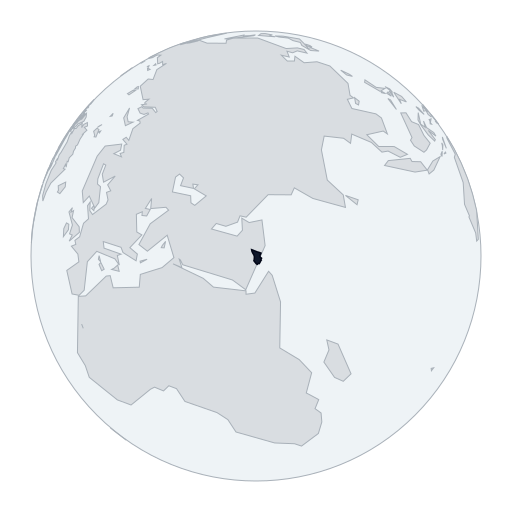 the Earth from above Al Mahrah, rotated 315°
{"feature_id": "YEM-332", "entity_name": "Al Mahrah", "entity_type": "Governorate", "adm_level": 1, "iso_a3": "YEM", "parent_name": "Yemen", "parent_adm1": "", "projection": "orthographic", "projection_center": [51.606, 17.039], "detail": "fine", "context": "on_globe", "style": "filled", "palette": "ink", "viewbox_px": 512, "rotation_deg": 315, "n_neighbors": 0, "source": "natural_earth", "source_scale": "10m", "svg_char_len": 10827}
<svg xmlns="http://www.w3.org/2000/svg" viewBox="0 0 512 512"><g transform="rotate(315 256 256)"><circle cx="256" cy="256" r="225" fill="#eef3f6" stroke="#a8b0b8"/><path d="M301.8,35.4L290.0,33.3L287.6,32.9L301.8,35.4ZM215.5,34.4L217.5,34.1L216.1,34.4L210.2,35.5L207.6,36.0L206.0,36.3L215.5,34.4ZM205.4,36.5L205.6,36.4L201.8,37.3L205.4,36.5ZM199.7,37.9L203.3,37.1L195.9,39.0L191.9,40.1L193.9,39.4L199.7,37.9ZM171.6,47.1L171.1,47.3L162.8,51.0L157.0,53.6L171.6,47.1ZM154.7,54.8L152.5,55.9L156.0,54.4L141.4,62.2L127.4,71.6L124.0,73.9L122.1,74.8L138.0,64.1L154.7,54.8ZM31.5,274.5L32.1,280.1L33.9,293.4L34.0,294.5L31.5,274.5ZM325.2,41.6L326.2,42.0L330.7,43.5L319.4,40.2L321.0,40.3L320.7,40.2L325.2,41.6ZM242.7,31.1L241.2,31.2L235.1,31.7L232.3,32.0L242.7,31.1ZM231.7,32.0L232.8,32.0L225.3,32.8L231.7,32.0ZM312.7,38.7L311.8,38.7L310.7,38.2L312.7,38.7ZM218.8,33.9L221.0,33.5L226.9,32.7L223.5,33.4L222.7,33.4L218.8,33.9ZM251.9,30.8L251.1,30.8L252.3,30.8L241.7,31.2L244.1,31.0L251.9,30.8ZM220.6,33.7L221.7,33.8L217.5,34.6L217.0,34.3L220.6,33.7ZM229.9,32.3L232.5,32.0L230.0,32.3L229.9,32.3ZM203.5,38.2L206.0,37.3L209.3,36.8L203.5,38.2ZM222.3,33.9L223.7,33.6L225.3,33.4L225.1,33.7L222.3,33.9ZM241.1,31.4L239.5,31.6L245.3,31.2L244.2,31.5L237.3,31.9L239.8,31.9L239.4,32.0L234.2,32.2L241.1,31.4ZM229.7,33.5L220.6,34.7L215.2,36.2L212.1,36.7L221.4,34.1L229.7,33.5ZM232.8,32.7L230.2,33.2L227.7,33.3L227.9,32.9L232.8,32.7ZM245.8,31.8L249.4,31.1L250.8,31.1L245.8,31.8ZM228.6,33.9L230.9,33.6L228.6,34.0L228.6,33.9ZM241.1,32.3L242.2,32.0L243.7,32.0L241.1,32.3ZM234.4,33.6L231.5,33.9L231.5,33.5L234.4,33.6ZM237.9,33.0L239.7,33.1L233.3,33.3L238.1,32.8L237.9,33.0ZM242.4,32.4L243.6,32.2L241.7,32.5L242.4,32.4ZM235.9,35.0L227.8,35.3L227.9,34.5L235.8,34.2L235.9,35.0ZM342.1,47.8L346.6,49.8L355.1,53.8L360.9,57.3L367.1,60.7L368.2,61.1L377.5,66.6L392.8,77.7L375.6,66.9L351.7,53.0L361.0,58.1L357.5,56.7L360.0,58.6L366.7,62.7L368.4,63.2L371.9,70.9L385.3,84.4L387.8,82.5L394.0,85.9L411.3,103.0L424.0,130.6L432.4,138.1L436.0,143.9L435.5,148.6L430.2,140.1L425.6,138.2L422.7,133.1L420.2,138.8L415.9,131.9L416.0,140.3L421.0,145.3L424.8,142.3L426.7,153.4L436.5,161.8L442.6,173.9L443.1,199.0L436.1,208.9L436.8,213.2L431.4,209.8L428.1,219.5L441.3,240.3L442.3,247.1L435.2,262.6L434.3,257.6L420.1,248.6L420.2,265.3L431.1,276.3L435.0,291.2L427.8,288.2L423.6,275.2L418.5,271.6L417.9,257.3L409.9,237.5L402.5,243.2L401.2,234.7L389.0,219.4L377.3,227.2L360.1,252.7L360.9,274.5L353.6,284.9L336.9,255.5L331.3,234.9L324.1,237.6L307.9,221.2L276.5,221.6L273.1,216.3L266.9,219.0L255.7,213.7L250.9,204.9L243.6,205.4L256.7,228.6L264.6,228.2L272.7,219.2L274.8,227.5L285.7,234.7L269.8,255.1L224.9,272.6L222.4,256.3L198.0,210.4L199.7,205.5L199.7,205.0L199.5,203.9L195.4,211.8L191.8,202.9L202.9,234.5L203.9,247.9L224.3,273.6L221.9,276.0L229.0,281.4L254.1,275.7L253.8,281.1L240.9,305.8L207.8,337.8L213.3,359.9L212.8,377.9L194.7,388.4L198.8,401.9L189.8,405.7L191.0,413.0L185.2,419.9L174.6,425.6L153.8,422.6L150.5,416.0L137.0,401.4L117.4,366.3L120.4,351.8L117.7,339.2L102.9,308.6L106.0,293.6L102.6,286.1L95.2,286.0L91.5,277.0L87.2,275.6L62.3,273.0L56.2,259.7L52.3,223.9L57.8,212.8L61.4,198.1L101.8,158.9L107.4,163.8L135.9,164.3L139.0,166.8L132.5,177.5L151.4,195.5L161.2,187.2L181.4,197.8L196.8,199.1L207.9,178.5L182.6,175.8L181.3,165.1L204.0,158.4L226.6,161.8L226.8,157.9L215.1,148.0L222.9,141.5L211.4,144.1L214.1,148.3L207.0,150.4L204.0,146.7L206.9,144.3L200.9,141.9L188.7,154.7L190.2,160.4L172.7,160.9L173.5,170.7L167.8,174.6L164.4,159.5L166.7,154.4L158.2,137.8L154.1,143.0L161.9,159.3L158.3,157.6L152.9,165.8L154.2,158.2L146.7,140.1L132.7,140.8L110.3,158.7L103.1,158.7L99.1,152.8L112.0,132.4L126.6,134.9L131.4,128.7L132.4,118.5L136.8,120.4L139.0,116.9L144.9,117.7L157.2,110.9L163.8,111.3L172.5,101.3L177.0,100.5L170.6,106.4L169.7,111.1L186.7,113.4L191.0,111.7L195.3,105.3L199.4,107.2L201.4,100.8L213.0,99.9L200.4,96.0L205.1,89.5L214.1,85.5L213.4,83.0L198.7,89.6L194.8,93.1L195.1,97.0L182.6,107.1L176.0,108.1L180.5,95.7L171.6,96.1L179.1,87.2L214.3,73.1L227.1,71.6L240.2,81.9L235.0,85.4L227.8,83.1L231.0,90.8L232.4,87.4L235.8,89.3L241.1,84.5L243.8,85.7L244.3,79.4L248.2,80.3L247.8,84.3L259.0,78.9L268.1,80.1L269.3,78.4L268.1,76.3L280.4,79.7L280.8,78.4L276.9,76.7L275.1,73.0L276.7,68.3L280.9,69.7L280.8,71.6L287.1,78.2L286.5,83.7L288.3,83.9L289.9,79.6L282.3,71.3L282.0,68.1L286.5,71.5L284.8,70.0L286.0,68.9L291.2,69.4L286.7,65.6L294.2,54.1L304.9,54.6L308.0,58.4L317.7,54.1L328.9,56.5L325.3,54.7L327.5,52.4L324.0,51.5L322.4,50.6L326.5,46.0L330.7,46.7L328.3,44.1L326.4,43.4L323.2,42.6L319.4,40.2L330.7,43.5L334.3,44.9L337.5,46.0L342.1,47.8ZM84.6,180.8L82.7,185.0L84.6,180.8ZM248.5,176.9L263.3,178.3L259.9,164.9L265.3,164.6L262.2,160.5L259.6,164.0L252.4,152.9L260.0,149.5L259.9,144.0L254.9,143.3L242.2,151.6L252.4,167.2L247.6,172.4L248.5,176.9ZM116.4,79.1L122.6,74.8L118.1,78.0L112.1,83.0L106.4,87.9L110.3,84.4L108.8,85.6L112.8,82.1L116.4,79.1ZM145.4,98.6L146.1,101.2L141.9,104.8L133.5,106.1L139.5,100.7L145.4,98.6ZM148.1,104.3L154.9,92.6L160.4,92.0L156.2,94.2L159.1,94.9L153.1,98.8L151.6,110.3L147.8,114.4L134.4,113.4L140.9,111.2L139.8,108.5L148.1,104.3ZM162.7,69.9L165.8,66.5L173.7,69.2L170.0,72.2L161.4,73.2L160.8,70.3L162.7,69.9ZM186.8,41.9L187.5,41.6L189.1,41.1L189.9,41.0L186.8,41.9ZM182.1,43.2L179.9,44.1L184.1,43.0L187.0,42.1L197.9,38.8L207.7,36.0L213.5,35.0L215.0,35.1L213.5,35.6L210.2,36.0L210.6,36.4L204.7,37.4L204.4,37.9L185.7,43.4L185.5,43.2L174.8,47.6L170.1,48.8L177.2,45.7L165.5,50.3L170.0,48.1L162.2,51.5L178.5,44.5L182.1,43.2L182.1,43.2ZM228.8,44.9L225.6,43.6L225.4,47.5L219.5,47.3L219.9,47.8L214.4,48.9L208.3,51.2L206.1,50.8L204.7,52.0L201.0,52.9L198.4,54.5L193.4,54.5L189.8,56.5L189.5,55.5L184.5,59.0L186.1,56.5L181.5,58.0L182.4,59.6L162.5,59.4L152.9,62.3L144.1,66.4L147.9,62.4L158.6,56.3L171.9,50.6L180.5,48.8L180.7,47.7L184.8,46.6L183.0,47.9L188.4,45.3L191.3,44.9L203.1,41.8L209.1,39.0L213.5,38.0L212.7,39.0L217.7,37.5L219.2,38.7L222.4,38.2L227.0,39.3L223.5,41.9L227.4,41.2L231.1,42.4L228.8,44.9ZM237.0,35.3L234.1,37.7L229.5,39.0L223.3,36.7L220.2,37.0L216.1,36.3L222.9,34.6L223.4,34.9L225.6,34.8L222.6,35.3L226.6,34.9L227.4,35.4L230.7,35.3L228.9,36.1L237.0,35.3ZM144.4,163.4L147.1,164.3L151.8,164.6L148.4,170.1L144.4,163.4ZM139.0,151.0L141.7,150.8L139.3,158.0L136.5,157.3L139.0,151.0ZM145.3,144.8L142.1,150.2L142.2,146.9L145.3,144.8ZM173.4,106.0L176.6,105.7L176.1,107.3L173.4,109.3L173.4,106.0ZM226.9,58.7L225.8,57.2L227.2,56.7L229.4,53.0L233.9,53.2L234.4,55.5L226.9,58.7ZM202.4,181.7L196.8,185.3L194.9,183.1L197.2,182.3L202.4,181.7ZM170.4,177.7L176.7,181.3L169.4,179.1L170.4,177.7ZM232.2,58.3L232.5,56.7L234.6,57.8L232.2,58.3ZM237.3,53.3L240.1,54.2L234.7,52.9L237.3,53.3ZM300.4,459.3L302.6,460.7L298.9,461.2L300.4,459.3ZM251.7,376.3L239.9,406.5L229.1,406.3L225.7,397.4L229.0,379.0L241.2,374.0L246.7,365.4L251.7,376.3ZM461.0,316.8L463.4,316.4L463.1,317.5L461.0,316.8ZM458.7,314.8L461.8,313.6L457.9,317.2L458.7,314.8ZM462.9,313.1L465.9,309.6L467.3,307.3L466.8,309.5L462.9,313.1ZM456.5,315.9L442.5,321.0L436.4,320.4L438.3,316.3L448.2,313.9L456.5,315.9ZM437.8,316.4L427.8,309.1L410.9,282.9L417.0,282.1L434.1,296.0L433.1,299.5L439.1,305.8L437.8,316.4ZM460.0,289.5L458.9,299.4L451.6,301.6L448.1,301.4L445.7,290.1L447.1,283.4L450.1,282.5L459.5,257.2L463.3,260.8L461.0,271.0L463.9,278.0L460.0,289.5ZM362.1,276.4L368.0,288.5L363.7,291.2L362.1,276.4ZM461.5,240.8L458.9,251.7L460.6,237.9L461.5,240.8ZM461.3,228.4L462.5,232.9L460.1,229.1L461.3,228.4ZM438.4,219.5L435.3,221.7L434.3,218.5L437.7,213.8L438.4,219.5ZM447.3,184.5L450.6,193.8L451.2,197.2L448.1,192.1L447.3,184.5ZM271.3,61.9L263.3,66.4L260.5,70.7L263.7,74.4L255.8,71.5L260.1,64.8L271.3,61.9ZM290.9,54.6L288.1,52.1L291.6,52.4L292.7,53.0L290.9,54.6ZM287.7,53.7L280.1,52.2L279.9,50.3L286.0,51.8L287.7,53.7ZM255.9,54.1L253.3,55.3L251.7,54.2L255.9,54.1ZM444.2,379.8L425.0,401.4L422.6,401.5L427.6,395.1L434.2,378.9L435.3,378.6L440.0,366.9L454.4,350.6L466.0,326.5L468.9,324.9L474.2,308.0L475.6,306.0L472.4,318.5L472.1,319.7L466.8,335.5L460.4,350.8L452.8,365.6L444.2,379.8ZM466.7,314.5L470.6,305.2L472.0,303.6L466.7,314.5ZM478.5,291.5L478.3,292.1L479.2,286.8L479.8,280.5L478.2,281.3L477.8,277.6L479.0,273.4L477.0,272.2L479.3,267.7L479.6,275.7L480.6,267.2L481.0,266.5L478.5,291.5ZM478.1,287.6L478.3,287.2L477.8,290.3L478.1,287.6ZM473.7,284.4L473.4,287.0L472.6,285.7L473.7,284.4ZM474.8,282.0L476.8,282.8L474.5,284.4L474.8,282.0ZM465.7,279.2L466.7,284.6L469.9,279.0L467.4,285.8L469.0,294.4L468.0,298.5L466.6,289.1L465.1,300.5L463.6,301.1L463.4,292.1L465.2,279.9L466.7,274.4L472.1,269.3L465.7,279.2ZM475.0,274.8L474.4,268.4L474.7,263.4L475.5,266.5L475.0,274.8ZM471.3,253.4L468.3,246.8L466.4,251.1L469.2,237.6L471.8,246.1L471.3,253.4ZM467.3,237.2L465.7,241.1L466.7,233.5L467.3,237.2ZM464.7,238.7L463.5,233.4L465.3,233.3L464.7,238.7ZM468.3,236.9L467.0,227.4L468.7,232.4L468.3,236.9ZM460.2,221.7L465.7,228.7L460.2,227.4L455.6,210.0L457.6,208.5L460.2,221.7ZM443.4,147.9L440.5,143.6L441.1,141.7L442.9,145.2L443.4,147.9ZM440.2,133.3L440.2,139.9L439.8,146.0L442.0,147.4L445.5,155.7L440.0,149.4L437.3,139.5L438.4,136.4L434.5,129.9L432.9,124.7L427.1,117.4L425.0,113.8L430.6,119.7L440.2,133.3ZM424.5,114.5L413.8,101.9L416.7,102.3L419.7,105.1L423.4,110.5L421.6,110.0L424.5,114.5ZM412.0,99.2L410.2,98.7L390.6,83.2L387.2,80.2L403.7,91.2L402.8,91.5L407.1,95.5L412.0,99.2ZM314.2,39.3L312.0,38.7L314.0,39.1L314.2,39.3ZM320.4,50.2L318.6,49.0L321.0,49.1L320.4,50.2ZM314.9,45.8L313.5,46.5L313.3,45.2L314.9,45.8ZM310.6,48.2L312.1,46.4L313.1,49.1L310.6,48.2Z" fill="#d9dde1" stroke="#a8b0b8" stroke-width="1"/><path d="M257.4,248.4L257.5,248.6L257.7,249.0L257.8,249.4L258.0,249.8L258.2,250.1L258.3,250.5L258.5,250.9L258.6,251.3L258.8,251.6L259.0,252.0L259.1,252.4L259.3,252.8L259.5,253.2L259.6,253.5L259.8,253.9L259.9,254.3L260.1,254.7L260.2,255.0L260.4,255.0L260.5,255.1L260.6,255.4L260.9,255.9L261.1,256.5L261.4,257.0L261.6,257.5L261.3,257.6L261.2,257.6L260.9,257.8L260.7,257.9L260.3,258.0L259.7,258.2L259.5,258.3L259.1,258.6L258.7,258.9L258.6,259.0L258.5,259.3L258.4,259.4L258.3,259.5L258.2,259.8L258.2,260.0L258.2,260.3L258.2,260.6L258.3,260.7L258.3,261.0L258.4,261.4L258.4,261.5L258.2,261.6L257.7,261.8L257.2,262.0L256.9,262.2L256.6,262.3L256.3,262.4L256.2,262.5L256.3,262.7L256.2,262.7L255.8,262.7L255.7,262.8L255.4,263.0L255.2,263.1L254.9,263.1L254.7,263.2L254.0,263.4L253.1,263.6L252.9,263.6L252.9,263.4L252.8,263.2L252.7,263.1L252.6,262.9L252.4,262.9L252.1,262.8L251.9,262.8L251.7,262.9L251.4,262.9L251.2,262.9L250.9,262.8L250.9,262.7L251.0,262.4L251.2,262.2L251.1,261.9L250.9,261.9L250.7,261.8L250.7,261.7L250.7,261.4L250.7,261.2L250.8,260.9L250.8,260.6L251.1,260.1L251.1,259.9L250.9,259.8L250.9,259.7L251.1,258.4L251.1,258.2L251.1,257.9L251.3,257.7L252.1,257.3L252.4,257.1L252.7,256.8L254.2,255.5L254.7,254.8L255.2,253.8L255.5,252.7L255.8,251.5L256.4,249.9L257.4,248.4L257.4,248.4Z" fill="#0f172a" stroke="#020617" stroke-width="1.5"/></g></svg>